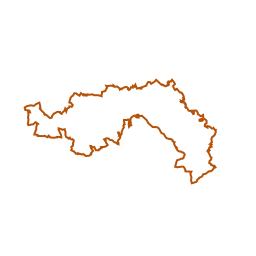 outline of Corozal, Sucre, Colombia, rotated 130°
{"feature_id": "7082276B16477741975828", "entity_name": "Corozal", "entity_type": "district", "adm_level": 2, "iso_a3": "COL", "parent_name": "Colombia", "parent_adm1": "Sucre", "projection": "robinson", "projection_center": [-75.264, 9.206], "detail": "fine", "context": "isolated", "style": "outline", "palette": "amber", "viewbox_px": 256, "rotation_deg": 130, "n_neighbors": 0, "source": "geoboundaries", "source_scale": "gbopen_adm2", "svg_char_len": 5841}
<svg xmlns="http://www.w3.org/2000/svg" viewBox="0 0 256 256"><g transform="rotate(130 128 128)"><path d="M129.3,43.6L125.5,41.1L124.7,41.0L123.1,41.7L121.3,41.3L120.0,41.4L118.8,40.5L117.3,40.2L116.6,40.2L115.3,40.7L113.1,39.1L109.0,38.1L108.1,36.9L107.3,36.5L105.3,36.2L103.6,36.6L102.0,35.7L101.7,36.8L102.0,36.7L102.3,37.4L102.0,37.6L101.8,37.0L101.5,37.2L102.9,40.5L102.2,41.0L102.4,42.5L102.7,43.2L100.7,44.4L98.9,44.0L97.1,44.9L97.1,46.1L95.0,50.4L94.7,52.2L93.8,52.5L93.1,51.1L92.9,51.1L93.2,52.0L92.1,52.2L92.1,52.6L90.4,53.2L90.0,52.6L89.3,52.5L88.7,52.0L88.4,53.4L86.9,53.2L86.8,53.9L87.4,54.8L84.8,54.6L83.4,56.6L82.6,57.2L80.6,57.7L79.1,57.2L77.2,57.2L74.4,58.3L73.9,59.2L73.0,59.6L73.6,60.5L73.1,62.2L73.4,62.1L73.6,62.6L74.5,63.5L74.4,66.1L75.4,68.4L76.6,67.4L77.2,70.4L75.6,71.4L73.6,71.0L71.9,72.6L71.7,74.3L72.4,75.8L74.7,75.7L76.5,77.6L76.4,78.0L75.6,78.6L72.8,76.7L72.0,76.5L69.8,78.9L72.0,79.5L72.3,79.9L72.2,81.6L72.5,83.3L71.4,84.4L70.7,86.8L73.2,89.7L73.6,88.5L73.4,88.3L74.0,87.7L73.8,87.5L74.2,86.9L75.0,86.7L75.4,87.0L74.7,88.7L74.8,89.7L74.5,90.6L74.7,91.2L75.4,91.9L75.7,92.6L74.7,95.9L75.4,96.8L75.2,97.6L74.1,97.6L73.1,98.6L73.4,98.8L73.2,99.3L72.8,99.1L72.1,100.8L72.2,101.4L72.8,101.6L72.9,101.9L72.6,102.0L73.1,103.1L73.5,103.3L73.5,103.6L73.9,103.6L74.0,103.9L73.5,104.0L73.6,104.6L73.3,104.5L73.1,104.8L73.0,104.3L72.3,103.9L72.4,103.3L71.8,102.8L71.5,103.2L71.0,103.1L70.7,103.8L69.9,103.5L69.5,105.3L69.1,105.3L68.7,104.8L67.6,106.3L66.9,108.0L66.9,108.8L66.7,108.8L66.5,109.4L66.7,110.3L67.4,111.2L66.8,114.5L67.1,115.2L66.6,115.7L67.2,116.1L68.7,116.4L68.7,116.6L67.2,120.2L66.4,120.5L64.4,120.2L63.9,120.6L63.1,123.3L62.8,125.3L64.7,125.0L64.8,125.5L66.2,126.0L66.4,127.0L67.5,126.9L67.4,125.6L68.7,125.8L68.7,124.6L69.4,124.7L69.2,125.1L71.7,125.8L72.3,127.3L72.3,128.5L73.3,129.4L73.2,129.7L72.6,129.3L72.8,130.0L73.1,130.0L73.4,131.0L73.0,137.4L75.4,137.4L79.3,138.7L78.7,140.5L79.8,142.1L83.1,141.6L83.7,141.1L87.7,143.5L89.1,143.0L89.9,143.8L89.3,144.5L92.1,146.5L90.1,150.2L91.0,150.0L91.9,149.1L92.2,149.3L92.5,151.3L94.0,150.3L94.7,151.9L97.0,151.4L98.3,151.8L98.3,153.1L97.3,153.6L97.5,155.5L99.0,156.8L100.5,157.5L102.1,157.9L103.2,157.7L101.8,157.9L101.8,158.1L102.7,158.4L102.7,158.8L103.8,159.0L103.1,159.9L103.2,163.0L104.8,164.5L104.7,166.2L105.2,165.7L105.0,164.8L105.4,165.4L105.6,166.9L106.9,168.7L109.4,171.0L109.7,171.7L110.6,169.9L113.2,169.6L114.4,169.2L117.1,171.1L118.5,169.9L119.7,169.7L120.6,168.7L122.3,172.3L124.6,174.9L125.1,176.9L127.3,178.9L128.2,180.5L128.5,180.3L129.0,181.0L129.7,180.5L130.6,181.7L129.7,182.0L130.8,183.9L131.7,183.6L131.6,186.5L134.4,185.9L134.8,188.2L134.8,189.8L135.8,191.4L138.8,191.0L139.8,191.4L141.7,191.4L146.2,189.4L145.4,187.5L146.0,185.6L145.9,185.2L147.3,184.6L147.9,184.7L149.1,186.8L150.0,186.2L152.5,187.2L153.1,186.7L155.1,185.9L153.7,188.5L155.4,187.8L158.5,188.2L159.8,187.9L160.1,189.9L159.5,190.4L160.7,192.2L161.3,192.7L163.3,193.3L164.7,194.1L167.7,193.8L169.1,193.1L170.6,194.1L170.5,199.2L171.4,200.2L171.3,200.9L170.6,201.2L170.1,207.1L169.2,207.6L169.5,208.2L167.6,209.3L165.6,212.2L168.4,213.7L171.2,214.2L172.0,214.9L172.7,216.5L173.6,217.5L176.3,219.5L178.7,220.3L180.2,218.3L178.1,214.7L179.0,213.1L180.1,214.6L181.9,212.7L184.1,211.4L185.2,210.0L188.0,208.0L189.1,207.5L189.8,206.1L185.9,202.9L183.0,202.6L182.7,199.6L183.9,200.0L186.6,198.6L188.3,197.2L189.6,197.1L190.2,196.5L191.0,196.6L193.2,195.6L191.4,192.9L192.2,192.2L188.9,187.9L187.5,186.7L186.9,183.7L186.7,183.5L185.6,183.9L184.8,183.8L185.2,181.4L182.7,178.0L181.7,177.4L180.8,176.3L180.4,176.6L179.2,175.2L178.1,173.0L176.5,174.6L174.0,180.0L172.9,180.9L171.6,177.9L171.6,177.1L169.6,175.7L171.8,172.7L173.3,171.8L174.6,169.7L174.3,168.1L174.3,166.9L173.4,166.9L172.7,166.3L173.5,165.2L173.2,164.2L172.6,163.2L172.3,163.2L172.3,161.7L173.3,160.9L174.9,160.6L175.4,160.1L175.4,159.8L176.9,158.8L178.8,159.3L180.0,157.7L181.5,157.3L180.7,154.0L181.2,151.4L180.8,150.9L179.9,150.7L179.7,149.9L180.0,149.5L179.8,149.4L179.7,149.7L179.2,149.5L179.2,148.6L178.6,148.3L178.1,146.4L176.7,145.6L176.8,144.9L176.4,143.9L176.8,143.2L176.2,141.9L174.1,139.9L171.9,139.2L171.4,140.1L168.0,140.1L167.2,143.4L165.9,145.2L165.4,144.5L165.6,142.6L164.2,141.6L165.7,138.4L164.1,136.3L163.9,136.1L163.2,136.4L163.1,136.1L161.5,136.0L160.5,135.4L159.9,136.4L157.9,134.1L155.7,132.9L154.0,132.7L153.2,135.7L151.1,138.0L151.8,138.0L151.7,138.3L152.0,138.4L152.3,138.2L152.1,139.0L149.9,137.9L148.8,136.7L148.6,136.2L148.8,134.4L147.4,131.9L147.7,129.7L147.0,127.7L147.0,125.9L146.6,124.8L145.6,125.6L145.1,126.9L144.5,127.5L140.7,127.7L139.1,128.6L138.9,128.8L139.3,128.6L138.9,129.0L139.5,129.6L138.7,129.7L139.0,130.1L138.7,130.2L138.5,130.8L138.8,130.9L138.3,131.9L138.0,131.9L137.9,132.7L137.7,132.7L137.8,132.1L137.5,131.8L138.3,131.3L138.1,130.1L138.2,129.7L138.1,129.1L137.0,128.9L135.5,130.1L132.0,131.4L130.2,131.5L129.4,132.9L128.3,132.9L128.0,133.3L127.4,133.1L127.4,133.6L126.5,133.9L125.5,135.4L124.4,136.3L122.5,133.8L122.1,133.9L120.6,132.3L123.5,130.7L125.1,129.5L126.4,128.0L124.8,128.0L123.8,127.3L123.4,128.1L120.3,131.3L118.8,132.1L116.6,132.0L114.1,130.9L114.4,128.3L113.3,126.8L112.3,129.2L112.2,129.5L111.7,129.3L111.3,128.8L111.3,126.6L109.7,125.2L110.0,118.6L111.2,115.8L111.4,109.8L108.9,106.6L108.4,104.8L108.9,102.8L110.2,99.8L110.3,98.9L109.6,96.7L110.7,93.7L111.0,92.1L109.9,89.3L109.1,88.5L108.6,86.2L109.5,85.3L108.9,83.2L110.5,82.7L112.3,78.5L111.7,78.5L111.8,77.9L112.1,77.9L113.1,76.4L113.3,74.6L112.9,73.4L112.1,72.5L111.9,70.9L111.4,70.1L111.4,68.6L111.7,67.7L112.3,67.2L114.4,66.8L115.2,66.2L116.5,66.5L117.3,67.6L119.1,68.3L120.9,69.6L121.6,69.6L127.4,67.0L126.4,65.0L122.4,61.4L122.1,60.7L122.2,59.5L123.0,57.6L124.3,56.1L120.7,51.4L123.0,50.8L125.1,47.6L127.4,46.2L129.3,43.6Z" fill="none" stroke="#b45309" stroke-width="2"/></g></svg>